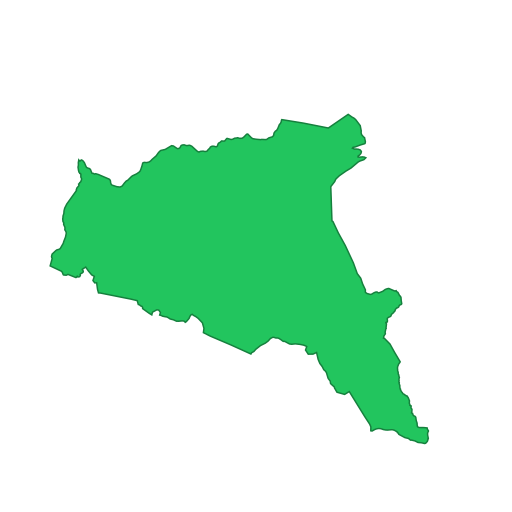 Kintampo South, Brong Ahafo, Ghana, rotated 190°
{"feature_id": "2480657B51466124780551", "entity_name": "Kintampo South", "entity_type": "district", "adm_level": 2, "iso_a3": "GHA", "parent_name": "Ghana", "parent_adm1": "Brong Ahafo", "projection": "robinson", "projection_center": [-1.864, 7.943], "detail": "fine", "context": "isolated", "style": "filled", "palette": "green", "viewbox_px": 512, "rotation_deg": 190, "n_neighbors": 0, "source": "geoboundaries", "source_scale": "gbopen_adm2", "svg_char_len": 6069}
<svg xmlns="http://www.w3.org/2000/svg" viewBox="0 0 512 512"><g transform="rotate(190 256 256)"><path d="M182.1,355.3L177.7,359.1L171.8,366.2L170.4,367.4L166.5,369.6L164.9,371.8L166.4,372.2L168.4,372.1L171.6,371.2L172.8,371.3L172.7,372.4L171.6,373.3L170.5,375.2L170.3,377.0L170.7,377.6L171.9,378.6L173.9,378.9L176.2,378.7L177.4,378.4L179.8,378.9L179.3,379.9L177.5,380.5L172.6,383.4L168.6,385.4L168.2,385.7L168.1,386.2L168.1,387.5L169.7,391.5L170.6,391.8L173.1,393.9L173.9,395.7L174.1,397.5L176.0,402.5L181.6,407.7L183.5,408.8L185.6,409.5L189.8,411.5L207.0,394.6L232.2,395.1L254.3,394.8L254.5,394.2L254.5,392.4L254.9,390.9L255.8,389.5L256.7,385.3L257.5,383.3L258.6,382.3L259.6,380.2L259.6,377.7L260.6,376.2L263.8,374.6L265.8,372.6L266.8,372.3L270.7,371.8L271.6,371.4L276.3,371.0L279.5,371.0L281.0,371.6L285.3,374.7L286.4,374.3L288.5,371.2L290.0,369.6L292.6,369.0L294.6,369.3L295.7,368.8L297.5,368.3L299.3,366.9L300.8,366.4L304.9,366.8L305.3,366.5L306.8,363.9L307.4,363.6L309.9,363.3L311.1,361.7L312.4,360.7L312.7,360.2L313.2,357.5L313.8,356.8L314.3,356.6L316.7,356.8L317.9,356.6L318.9,356.2L319.9,355.3L320.3,354.1L321.6,352.4L322.3,351.0L322.9,350.5L324.4,350.0L326.3,350.1L328.9,349.4L330.2,348.5L331.4,348.7L332.4,349.2L338.2,352.9L339.8,353.4L340.9,353.5L343.2,352.7L344.1,352.7L346.1,353.0L347.6,352.6L348.7,352.0L349.2,351.2L349.6,349.6L350.0,349.1L350.7,348.5L351.9,348.1L352.4,348.2L356.4,350.0L358.3,350.0L363.9,345.2L368.1,343.4L368.6,342.9L369.9,341.1L371.7,337.3L375.1,333.1L376.2,331.4L377.6,330.0L379.9,329.0L382.3,328.8L383.3,328.3L383.7,327.8L383.9,325.1L384.5,321.0L384.9,319.5L385.6,318.4L387.8,316.2L391.5,313.6L392.4,312.7L395.5,308.3L396.8,307.3L398.2,305.1L400.0,301.6L401.9,300.3L405.1,300.1L410.1,300.8L411.0,301.4L411.8,302.7L412.4,304.7L413.2,305.8L413.9,306.2L425.4,308.9L428.2,309.2L429.4,308.6L430.3,309.1L431.9,309.0L434.1,312.5L435.2,313.2L437.0,313.4L438.2,313.8L438.8,314.4L441.2,318.1L442.7,319.5L443.8,320.1L444.6,320.3L445.0,320.0L445.8,318.9L446.2,318.9L447.2,319.8L447.2,317.1L446.7,314.7L446.7,312.6L445.6,309.3L444.8,307.7L444.2,307.3L443.9,306.7L443.2,306.7L442.7,306.2L442.2,303.3L441.1,301.7L441.1,301.1L441.5,298.6L442.4,297.6L442.5,296.8L443.2,296.0L442.7,295.0L442.7,294.4L444.2,291.9L444.5,289.8L444.2,289.3L451.4,274.3L452.7,269.9L452.9,267.0L452.6,264.6L453.0,261.8L452.8,260.6L452.8,259.0L452.1,256.5L451.1,255.3L450.9,253.6L449.3,251.3L449.0,250.5L448.8,248.6L447.4,247.0L447.0,246.1L446.8,245.1L446.9,241.5L447.9,236.6L448.0,235.1L450.0,229.6L450.4,229.0L451.3,228.3L453.1,227.5L454.1,226.5L457.1,222.5L457.3,220.1L456.9,219.0L456.3,218.3L457.0,210.5L445.0,207.2L444.0,206.4L442.6,204.1L442.2,203.9L439.7,204.1L439.0,204.4L438.3,205.1L437.8,205.2L429.6,203.5L429.3,203.7L428.6,205.0L427.8,204.4L426.1,205.0L425.6,206.3L426.0,207.4L425.4,208.2L424.0,209.3L423.4,210.3L423.5,211.1L424.8,212.7L421.8,215.5L418.4,212.1L415.3,209.5L414.4,208.8L411.7,207.9L412.3,203.5L410.1,201.5L408.3,202.0L406.3,195.7L404.7,192.3L402.9,192.5L371.5,191.8L365.2,191.4L363.5,187.8L362.3,187.7L360.9,186.8L359.5,186.6L358.7,185.6L358.5,184.5L351.2,181.0L348.4,179.9L348.2,182.7L344.3,185.8L342.3,185.8L340.3,183.7L340.6,181.1L339.2,181.0L337.5,180.5L334.5,180.4L333.9,180.6L331.6,180.0L329.7,179.1L327.5,178.9L326.5,178.9L323.0,178.0L321.0,178.3L317.4,179.3L315.8,179.4L314.9,179.1L314.2,178.4L313.2,179.3L311.1,182.8L310.6,185.1L309.6,187.0L308.6,187.5L307.6,186.8L304.6,185.8L302.2,184.6L297.2,180.9L294.7,175.7L294.5,171.4L287.3,169.2L265.0,164.0L244.0,158.6L243.6,159.9L241.5,161.6L240.0,164.1L236.0,168.6L231.7,171.8L229.4,174.2L227.5,177.2L225.5,178.8L224.2,179.0L222.2,178.7L220.8,179.0L219.3,178.9L216.4,177.7L215.0,176.9L214.2,176.7L212.9,176.9L207.7,175.2L205.5,175.3L202.1,176.3L197.5,176.6L193.7,176.5L191.3,176.0L190.3,175.6L190.9,172.0L187.5,168.4L182.8,169.3L179.6,171.5L176.8,164.9L174.4,161.2L171.6,158.6L169.5,155.8L167.8,154.8L166.4,153.4L163.9,148.4L163.5,147.8L161.2,145.7L160.5,143.5L160.1,143.1L157.1,141.2L156.4,141.0L155.8,139.7L152.6,135.9L144.7,135.1L140.6,138.7L120.9,116.6L114.8,110.1L113.2,107.6L112.6,103.8L111.3,103.8L108.7,105.9L107.1,106.8L105.0,107.5L102.8,107.6L100.5,107.2L98.1,107.2L96.3,107.4L92.2,108.5L91.1,108.6L89.4,108.4L86.4,107.3L86.1,106.6L85.3,106.4L84.5,105.3L83.9,105.0L77.8,103.0L74.2,102.8L71.9,101.5L70.9,101.7L67.4,101.5L64.1,100.5L60.4,100.8L57.5,100.6L56.7,100.9L55.9,101.7L55.0,103.4L54.7,106.0L54.9,106.0L54.8,106.7L55.9,109.5L56.2,111.0L56.2,112.1L55.8,113.2L55.9,113.9L57.1,115.1L57.6,116.4L60.7,116.2L65.6,115.4L66.9,115.7L67.4,116.1L68.2,118.5L68.3,119.3L69.6,121.7L70.7,125.0L71.7,125.8L73.1,126.1L74.3,127.5L74.4,128.2L75.6,128.5L75.5,129.8L75.8,132.2L76.6,132.9L77.0,133.5L77.2,134.5L77.1,135.0L77.4,135.5L78.5,135.6L78.7,136.6L79.2,137.2L79.5,137.8L79.7,140.0L81.5,142.9L83.1,144.5L83.8,144.3L84.6,144.9L85.1,144.9L86.2,145.6L87.2,145.8L87.6,146.1L88.2,146.9L88.9,147.3L89.3,147.9L89.9,148.5L90.5,149.3L90.5,149.9L90.9,150.1L91.7,152.1L91.7,153.0L93.0,155.6L92.9,156.3L93.5,156.9L93.4,158.0L93.9,159.7L93.7,161.3L94.4,162.4L94.7,163.6L95.5,164.6L95.8,166.2L96.6,167.6L96.8,168.7L97.2,170.1L97.3,171.6L96.7,174.5L95.8,176.2L95.7,176.9L102.9,185.3L108.8,192.6L115.1,197.1L116.2,197.3L116.1,197.9L116.2,199.3L115.1,201.9L115.6,203.3L115.5,206.7L115.2,207.3L115.5,208.0L115.7,211.8L116.5,212.7L116.6,213.1L115.2,213.9L115.4,215.6L115.9,216.8L115.8,217.5L115.0,218.5L113.1,219.8L112.6,220.6L112.6,221.6L112.1,222.5L110.6,224.2L110.4,224.9L109.5,226.2L109.6,227.2L109.0,228.4L108.4,229.3L107.7,229.5L106.7,230.5L106.3,232.1L106.0,232.6L104.8,233.3L104.3,233.9L104.2,234.4L105.2,237.2L106.1,240.6L107.3,241.8L107.8,242.0L109.9,244.8L111.4,245.4L112.0,246.2L112.8,245.7L113.7,245.7L119.6,247.1L121.0,246.6L122.9,245.5L125.1,243.2L128.5,241.1L129.1,240.9L130.6,241.6L132.0,241.2L133.4,240.3L135.6,238.4L136.8,238.0L140.4,238.4L142.0,239.3L142.4,241.7L146.2,247.1L149.0,252.3L153.2,256.2L158.9,266.1L169.9,281.8L179.0,293.1L186.2,303.3L187.3,303.8L194.4,337.3L191.4,343.0L190.9,345.2L190.4,346.1L187.8,349.6L182.1,355.3Z" fill="#22c55e" stroke="#15803d" stroke-width="1.5"/></g></svg>